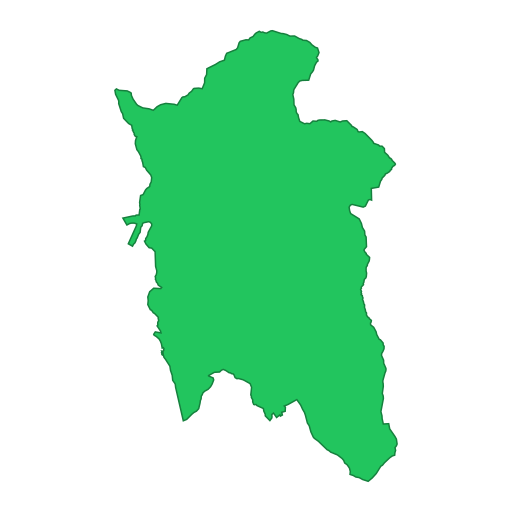 Sighisoara, Mures, Romania (orthographic projection)
{"feature_id": "2599482B28602664470225", "entity_name": "Sighisoara", "entity_type": "district", "adm_level": 2, "iso_a3": "ROU", "parent_name": "Romania", "parent_adm1": "Mures", "projection": "orthographic", "projection_center": [24.78, 46.228], "detail": "fine", "context": "isolated", "style": "filled", "palette": "green", "viewbox_px": 512, "rotation_deg": 0, "n_neighbors": 0, "source": "geoboundaries", "source_scale": "gbopen_adm2", "svg_char_len": 6055}
<svg xmlns="http://www.w3.org/2000/svg" viewBox="0 0 512 512"><path d="M183.3,420.8L186.7,419.4L192.0,414.1L193.9,412.5L196.4,411.2L198.7,408.7L200.0,403.2L200.4,400.5L201.1,398.9L201.3,396.1L202.2,394.8L202.9,392.9L204.7,391.2L208.1,389.3L210.6,386.7L212.2,383.9L213.7,379.9L213.1,377.9L208.8,376.1L208.5,375.8L208.8,375.4L214.4,372.3L219.6,372.0L221.3,370.3L223.2,369.4L225.8,370.5L229.2,372.8L230.5,372.8L231.3,373.6L233.3,374.0L233.9,374.7L235.1,377.6L236.9,378.7L238.5,378.5L243.2,379.8L250.1,383.6L251.6,387.3L250.8,395.0L251.4,396.0L251.4,397.5L252.7,399.8L252.7,401.9L253.7,404.4L254.3,404.7L256.1,404.5L257.0,405.6L263.4,408.5L263.8,411.1L265.2,414.2L265.3,415.9L269.9,420.6L271.8,418.0L272.0,416.9L271.8,414.5L273.5,413.1L276.6,417.5L279.9,414.8L280.4,416.1L282.4,415.0L281.7,412.3L285.2,411.3L285.4,407.3L284.3,406.0L288.0,404.5L296.8,399.6L300.7,405.1L302.6,409.3L304.4,412.3L305.4,415.2L307.4,423.0L309.2,425.7L310.9,431.9L313.3,437.1L314.3,438.3L318.3,441.2L327.1,449.7L328.8,450.5L330.8,452.2L337.4,454.9L342.1,458.5L343.7,460.4L344.7,463.0L347.1,464.7L349.4,468.0L350.3,471.5L350.0,474.4L353.3,475.5L355.8,477.0L359.2,477.6L362.6,479.5L368.2,481.3L372.2,478.0L376.2,473.6L380.8,466.2L382.5,465.2L384.4,462.8L389.8,457.7L392.4,455.9L394.7,455.2L394.9,452.7L395.6,450.4L395.0,447.6L396.4,445.8L397.1,444.0L396.4,439.1L394.9,436.4L389.7,428.9L388.7,423.7L383.3,424.0L382.1,418.5L382.0,415.9L380.9,411.6L383.4,398.4L383.2,396.0L382.3,393.5L383.3,386.3L383.1,383.1L382.8,382.3L382.9,380.4L385.0,372.8L385.8,371.0L386.0,369.2L385.9,368.3L383.7,363.3L383.6,360.2L381.5,355.4L381.7,353.4L382.8,351.6L384.0,348.8L384.1,346.2L383.2,344.9L383.1,343.0L380.4,339.8L379.2,339.3L376.7,334.5L376.1,331.8L373.7,327.3L370.6,324.8L370.5,323.0L371.1,322.1L371.4,320.6L370.7,319.7L369.4,318.8L368.9,317.7L367.8,317.1L366.5,315.1L366.5,312.9L365.6,311.7L365.3,309.6L364.5,307.5L364.6,304.9L363.9,303.9L363.4,301.5L362.5,299.3L363.0,298.0L362.4,296.6L362.3,295.5L361.1,294.7L361.6,293.7L361.1,292.4L361.5,291.5L360.6,289.4L361.4,288.3L361.2,287.9L361.4,286.9L363.5,284.7L363.2,283.5L363.8,282.4L364.3,279.4L365.8,278.0L366.3,276.6L366.6,273.1L366.1,271.0L366.1,267.8L366.4,266.8L367.3,265.7L367.4,264.4L369.2,260.9L369.5,259.0L369.6,257.4L366.3,254.3L366.2,253.3L365.1,252.3L364.0,250.3L364.2,249.4L366.5,246.7L366.1,237.0L364.9,235.0L364.6,231.1L362.4,227.5L361.4,223.4L359.2,218.9L350.7,213.6L349.7,211.0L349.1,207.2L350.3,205.2L352.1,204.4L363.2,207.1L365.4,206.1L368.4,200.0L370.0,199.5L371.6,200.1L371.3,188.4L378.7,187.1L380.5,181.2L381.8,179.4L382.1,178.1L384.8,175.4L385.4,173.9L386.8,173.4L389.7,171.5L390.3,170.2L391.5,169.5L391.7,168.0L393.0,166.3L394.6,165.4L395.4,164.1L394.9,163.2L391.9,160.2L391.8,159.5L390.5,158.2L389.7,158.1L387.8,155.2L384.6,152.3L384.4,148.6L382.1,146.2L379.6,146.1L378.6,145.0L373.6,143.3L373.4,142.4L371.9,140.4L365.1,133.5L362.3,131.6L359.2,132.0L358.0,131.6L357.4,130.0L356.9,129.3L353.3,126.9L351.9,126.5L351.6,125.5L346.8,120.7L342.5,121.0L340.2,122.0L335.2,120.4L331.9,121.0L330.7,121.9L329.2,121.0L324.9,119.9L319.4,120.0L317.8,120.4L316.7,121.3L313.0,121.0L309.9,123.7L306.7,123.3L304.6,123.8L299.8,121.4L298.6,117.8L298.0,114.6L296.9,113.5L296.2,111.7L296.1,109.3L295.7,107.7L294.0,104.9L293.8,99.1L292.8,94.6L293.5,92.7L293.8,89.7L298.2,82.6L299.8,81.0L302.3,80.4L308.7,80.2L310.7,73.9L312.4,71.9L313.5,70.1L314.6,65.8L316.5,62.2L318.0,61.0L317.9,59.7L316.5,57.8L316.6,57.2L317.6,56.1L319.0,52.6L317.5,48.0L315.3,47.3L311.9,44.8L309.8,42.4L306.5,40.5L302.7,40.2L301.8,39.4L299.3,38.6L294.6,36.0L289.9,36.1L286.7,34.5L283.1,33.6L281.2,33.5L272.5,30.7L270.8,30.9L266.6,33.1L264.5,32.8L262.8,32.0L261.1,32.4L259.3,31.3L256.1,33.0L254.8,34.2L253.1,36.5L250.1,37.9L248.7,39.9L245.9,39.8L240.3,41.3L239.1,42.8L237.6,47.8L236.2,49.5L226.7,53.3L225.4,56.1L224.4,60.2L219.7,61.8L215.4,64.5L206.9,68.7L206.6,74.6L204.7,78.2L204.6,82.8L202.2,88.7L198.7,88.1L194.1,88.4L193.4,88.8L191.6,91.3L189.2,93.1L188.0,94.9L184.7,96.8L183.0,96.9L181.9,97.6L177.2,105.2L174.3,104.3L165.8,103.4L160.7,104.7L157.1,106.7L153.3,110.3L149.0,108.8L142.8,107.9L137.9,105.5L136.6,104.3L133.1,99.2L131.4,95.4L131.2,93.1L130.3,92.4L127.2,90.9L119.1,90.3L116.4,88.9L114.9,90.3L115.6,94.3L118.5,100.2L118.8,101.7L118.7,103.6L121.3,111.7L122.6,113.6L123.6,118.3L128.6,123.5L131.7,125.3L132.2,128.6L132.7,129.4L132.5,130.1L133.0,130.4L133.1,131.4L134.3,133.5L134.2,134.5L135.3,136.3L136.8,136.7L135.5,140.6L135.3,143.8L136.9,149.7L138.4,151.6L140.7,155.9L141.0,157.1L141.0,158.6L142.0,159.2L142.0,160.6L142.7,162.6L143.4,166.6L145.3,167.5L146.6,170.1L150.8,175.0L151.7,177.6L151.2,182.0L150.0,184.2L149.7,186.5L146.8,188.5L145.5,190.0L143.1,194.6L140.6,195.5L139.6,202.5L139.9,204.5L139.7,205.3L140.3,209.0L139.8,209.4L139.1,215.0L136.1,215.1L135.3,215.9L132.7,216.0L122.9,218.1L126.9,225.0L129.7,223.5L131.7,223.1L134.3,223.1L136.7,223.9L136.4,225.8L128.3,243.8L132.5,246.2L133.6,244.1L134.9,242.9L135.9,240.8L136.4,238.9L137.1,238.1L138.6,234.3L140.1,232.4L140.7,227.7L141.1,226.8L142.1,225.8L142.6,223.4L143.9,222.7L148.6,221.7L150.2,222.2L151.7,223.9L151.7,225.8L148.2,232.3L147.9,234.4L147.0,236.7L145.7,238.5L145.6,240.5L144.5,241.1L146.0,244.1L149.1,247.7L151.7,248.1L155.1,251.7L155.6,266.4L156.8,270.8L156.7,272.9L156.1,275.1L155.2,276.4L155.6,278.1L155.4,279.3L156.0,280.4L156.3,281.9L157.4,283.1L158.3,285.2L161.7,287.4L160.8,288.6L153.7,288.2L149.7,291.7L147.8,297.0L148.2,300.6L147.8,304.6L150.3,309.7L151.6,310.3L153.4,312.9L154.4,313.3L158.3,317.3L158.2,318.8L158.5,319.5L158.6,321.0L157.8,322.1L157.7,324.2L158.0,324.9L157.1,325.9L160.5,331.0L161.0,332.9L155.3,331.9L153.7,334.3L154.1,335.2L156.3,336.5L159.1,339.0L160.3,341.0L161.4,343.7L162.2,348.1L163.3,347.6L164.0,348.8L163.7,349.5L163.7,350.6L163.1,350.9L163.0,351.4L161.7,351.1L162.0,351.8L162.9,352.1L163.2,354.1L163.2,354.5L162.7,354.2L161.8,352.0L161.5,352.5L162.0,354.0L161.9,354.6L163.5,355.6L164.0,357.4L165.5,359.3L169.9,366.2L170.5,370.3L172.2,375.3L172.7,380.3L174.8,383.3L175.3,384.4L175.6,387.3L183.3,420.8Z" fill="#22c55e" stroke="#15803d" stroke-width="1.5"/></svg>